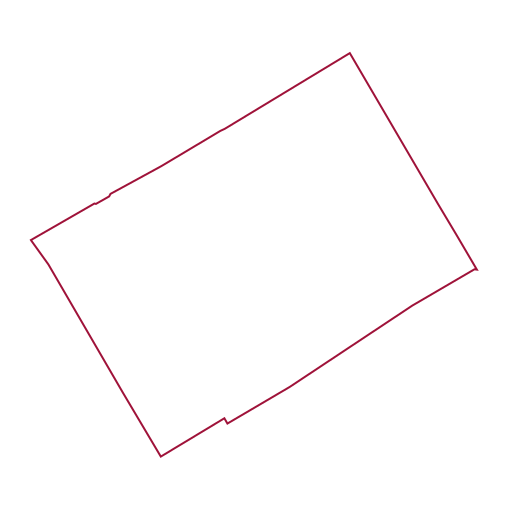 outline of Cross, Arkansas, United States of America, rotated 149°
{"feature_id": "52423323B80774695679496", "entity_name": "Cross", "entity_type": "district", "adm_level": 2, "iso_a3": "USA", "parent_name": "United States of America", "parent_adm1": "Arkansas", "projection": "natural_earth1", "projection_center": [-90.753, 35.297], "detail": "fine", "context": "isolated", "style": "outline", "palette": "rose", "viewbox_px": 512, "rotation_deg": 149, "n_neighbors": 0, "source": "geoboundaries", "source_scale": "gbopen_adm2", "svg_char_len": 436}
<svg xmlns="http://www.w3.org/2000/svg" viewBox="0 0 512 512"><g transform="rotate(149 256 256)"><path d="M73.2,207.1L71.1,381.6L217.3,381.1L222.1,381.6L291.0,381.8L348.7,384.2L351.2,382.7L366.4,383.1L367.5,384.2L440.7,385.6L440.7,384.9L438.3,355.7L440.5,207.4L440.9,133.1L366.7,133.2L366.8,127.1L294.7,126.4L221.0,129.7L147.5,133.0L75.6,132.1L73.7,130.6L73.3,169.9L73.2,207.1Z" fill="none" stroke="#9f1239" stroke-width="2"/></g></svg>